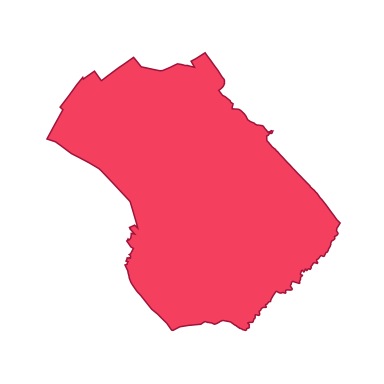 Burla, Suceava, Romania (orthographic projection), rotated 278°
{"feature_id": "2599482B88852638453630", "entity_name": "Burla", "entity_type": "district", "adm_level": 2, "iso_a3": "ROU", "parent_name": "Romania", "parent_adm1": "Suceava", "projection": "orthographic", "projection_center": [25.922, 47.785], "detail": "fine", "context": "isolated", "style": "filled", "palette": "rose", "viewbox_px": 384, "rotation_deg": 278, "n_neighbors": 0, "source": "geoboundaries", "source_scale": "gbopen_adm2", "svg_char_len": 5858}
<svg xmlns="http://www.w3.org/2000/svg" viewBox="0 0 384 384"><g transform="rotate(278 192 192)"><path d="M208.1,316.0L208.9,314.8L210.7,312.8L212.0,310.8L212.2,310.5L213.6,308.5L214.2,308.2L216.0,306.0L217.2,304.3L218.5,302.7L219.7,301.1L220.9,299.6L222.9,297.1L225.2,294.0L227.6,291.1L230.0,288.0L232.6,284.9L234.4,282.5L236.6,279.8L238.9,277.1L241.1,274.2L242.1,273.1L242.7,272.4L243.2,271.9L243.8,271.2L244.2,270.6L244.6,269.7L245.3,269.2L246.1,268.3L246.3,267.9L246.5,267.4L246.9,266.7L247.6,265.6L247.9,265.1L248.1,264.8L249.0,263.9L249.7,263.2L250.3,262.4L250.8,261.9L251.6,261.1L252.3,260.2L252.9,259.4L253.3,259.0L255.4,258.6L257.9,258.2L258.8,259.6L259.5,260.0L260.1,260.3L260.6,260.5L261.2,260.9L261.3,261.3L260.9,261.9L261.1,262.7L261.9,263.2L262.5,263.2L262.8,263.2L263.6,263.6L263.5,262.8L263.8,262.3L263.8,261.9L263.0,261.3L262.5,260.6L262.3,259.7L261.6,259.2L263.9,256.7L265.3,255.0L266.1,254.4L266.7,253.8L267.3,253.0L267.5,252.4L267.5,249.1L267.4,247.3L267.8,245.5L268.9,243.9L269.3,242.2L269.8,240.2L271.4,237.0L274.5,235.0L276.6,233.0L279.1,229.6L280.2,227.5L280.4,226.1L280.2,223.6L280.0,220.3L281.3,220.0L282.8,220.2L285.1,220.4L286.1,218.1L287.8,217.0L289.3,214.4L290.9,211.8L292.0,208.7L296.4,204.3L297.4,205.4L298.5,206.5L299.5,207.2L300.4,207.9L301.3,208.3L302.0,208.6L303.3,208.9L304.1,209.1L305.2,208.8L305.9,208.8L307.3,208.5L308.6,207.6L309.3,206.6L310.5,205.4L311.8,204.3L316.0,200.8L318.7,198.1L322.0,194.9L324.8,192.3L328.8,188.3L331.7,185.6L324.6,177.3L321.4,172.9L315.9,177.1L316.2,173.3L316.7,169.7L316.3,167.6L316.8,164.4L316.9,159.8L315.7,157.9L312.7,153.5L310.3,149.6L308.5,146.6L308.1,145.7L307.6,143.4L307.8,139.6L308.9,124.3L315.6,117.2L317.2,115.4L308.1,105.7L304.9,102.1L294.3,91.4L291.5,88.7L289.7,86.9L289.7,86.6L294.0,82.5L298.1,78.6L293.9,74.1L288.8,68.7L289.3,68.4L290.3,67.9L282.6,63.2L269.9,56.5L257.7,49.6L256.6,51.1L255.5,52.7L242.9,47.9L237.1,45.7L229.2,42.8L224.7,41.1L224.3,41.0L222.9,48.8L222.7,49.8L219.7,55.6L215.3,63.5L213.2,67.4L211.0,73.8L206.5,86.3L203.0,94.7L202.2,96.5L200.6,98.9L197.6,102.7L190.3,111.9L182.9,121.0L177.1,128.2L174.3,131.6L173.4,132.3L164.4,136.4L152.6,141.7L148.8,143.2L151.2,139.8L148.2,135.1L147.3,136.0L146.9,135.7L142.4,141.0L142.6,137.6L142.0,137.7L140.5,137.8L138.9,137.8L138.0,137.7L137.3,137.4L136.4,136.9L135.6,136.1L136.6,135.2L136.0,135.0L135.3,134.7L134.4,134.2L132.2,136.3L129.1,139.1L128.2,141.3L128.0,141.8L125.7,141.0L124.6,140.6L123.1,140.1L122.0,139.5L121.6,139.0L121.3,138.6L121.0,139.2L120.5,139.8L120.0,140.1L119.3,140.2L118.0,140.2L118.3,138.8L117.5,138.7L117.6,138.2L117.8,137.0L116.0,136.8L115.2,136.5L114.4,136.3L114.1,138.4L113.3,138.0L112.3,137.7L111.3,137.8L110.4,135.8L105.9,138.8L104.9,139.4L102.7,140.1L100.0,141.3L99.3,141.5L98.1,141.8L95.8,143.1L94.3,143.9L91.8,145.9L88.4,149.0L87.0,150.3L84.9,152.5L82.4,155.7L81.4,156.7L74.0,164.5L70.3,168.4L66.0,175.4L63.7,178.3L58.6,185.2L52.4,191.0L52.3,192.4L56.8,198.7L59.3,206.7L62.3,219.2L63.9,220.9L65.5,222.9L65.2,224.9L65.0,225.4L65.2,227.1L65.0,227.8L65.1,229.5L65.0,230.0L64.6,231.0L64.2,232.5L64.3,233.1L64.8,234.0L65.3,235.0L66.1,236.0L66.4,236.4L66.7,236.9L67.7,237.9L68.9,239.9L69.1,241.1L68.9,244.6L68.8,246.9L68.7,248.2L68.4,249.0L67.8,249.9L66.6,252.2L66.2,252.9L65.9,253.8L65.8,254.2L65.8,254.5L65.3,255.0L64.9,255.8L64.5,256.6L64.0,257.9L63.7,258.0L63.6,258.5L63.5,259.5L63.1,260.8L62.7,261.4L62.7,262.3L62.6,262.7L62.5,263.1L62.5,263.5L62.4,264.3L62.9,264.9L63.1,265.2L63.6,265.2L64.1,265.2L64.4,265.3L64.8,265.9L65.1,266.9L65.4,267.4L66.1,267.6L66.6,267.4L67.3,267.2L67.7,267.1L68.3,267.3L68.8,267.2L69.2,266.7L69.6,266.0L69.9,265.5L70.2,265.6L70.5,266.1L70.9,266.9L71.0,267.7L71.2,269.3L71.5,270.2L72.0,270.5L72.9,270.7L74.4,270.9L75.0,271.2L75.4,271.8L76.6,272.0L77.2,271.9L78.6,271.7L79.2,271.9L79.2,272.2L79.3,272.5L79.2,273.6L79.1,275.2L79.3,275.6L79.8,276.0L80.7,276.0L81.6,275.7L82.6,275.2L83.2,275.2L83.5,275.4L84.2,276.3L84.8,276.5L85.9,276.8L87.1,277.8L87.6,278.6L88.0,281.1L88.3,281.6L88.6,281.6L88.9,281.2L89.4,280.9L89.8,280.6L90.6,280.6L90.9,280.9L91.0,281.5L91.6,282.0L91.9,282.1L93.9,283.4L94.3,284.3L94.5,285.0L96.3,285.1L99.0,286.1L100.9,286.9L103.2,288.0L105.1,289.0L105.4,289.6L105.3,290.0L104.8,291.1L104.3,292.5L104.2,293.6L104.4,294.5L105.1,295.8L105.2,296.5L104.9,297.2L104.8,298.4L104.9,298.7L105.4,298.9L106.0,298.8L106.8,298.4L107.5,298.5L108.1,299.1L108.3,300.2L108.5,302.2L108.6,303.5L109.1,304.5L109.6,304.7L110.3,304.6L111.0,304.0L111.8,303.2L112.5,302.6L113.5,302.6L114.4,303.0L115.1,303.1L115.8,303.1L116.5,303.3L117.3,303.9L117.6,304.6L117.3,305.1L117.1,306.5L116.4,310.8L116.6,311.2L117.0,311.4L117.6,311.2L118.4,311.0L119.2,311.1L120.2,311.6L121.3,311.6L122.0,311.3L123.1,311.7L124.0,312.5L124.6,313.0L125.0,312.9L125.1,312.0L125.3,310.9L126.2,310.8L128.2,311.2L129.4,311.4L129.8,312.0L129.7,312.5L129.1,312.9L128.4,313.7L128.7,314.2L130.2,314.6L131.2,314.9L131.5,315.2L131.3,315.6L130.2,316.3L130.3,316.6L130.5,316.9L131.2,317.3L132.1,317.9L132.3,318.5L132.3,319.1L131.8,319.5L131.9,319.9L132.1,320.0L132.9,320.4L133.6,320.6L134.1,320.5L134.6,320.2L135.2,320.4L135.6,320.7L136.6,321.3L138.3,322.0L139.0,323.0L139.0,324.1L138.7,326.0L139.0,326.2L139.5,326.3L139.9,326.1L140.5,325.4L141.5,325.0L142.1,324.9L142.8,325.3L143.0,325.8L143.3,326.3L143.8,326.7L144.9,327.2L146.7,328.3L147.0,328.7L146.9,329.5L146.5,330.9L146.7,331.6L147.2,332.1L148.1,332.2L149.5,332.7L150.6,333.1L151.1,333.6L151.3,334.3L152.7,334.9L153.8,335.1L154.8,335.3L157.4,336.4L159.5,336.8L160.5,336.5L161.8,336.8L163.3,337.5L163.8,338.4L165.3,339.8L165.9,339.9L166.6,339.8L167.4,339.3L168.0,339.6L168.5,340.6L169.8,341.9L171.0,342.4L171.7,342.2L172.8,341.2L173.8,340.5L174.9,340.5L176.6,340.6L178.1,341.4L181.9,343.0L184.8,339.2L188.3,335.9L191.7,332.5L197.5,326.9L202.4,321.8L204.1,319.7L208.0,316.1L208.1,316.0Z" fill="#f43f5e" stroke="#9f1239" stroke-width="1.5"/></g></svg>